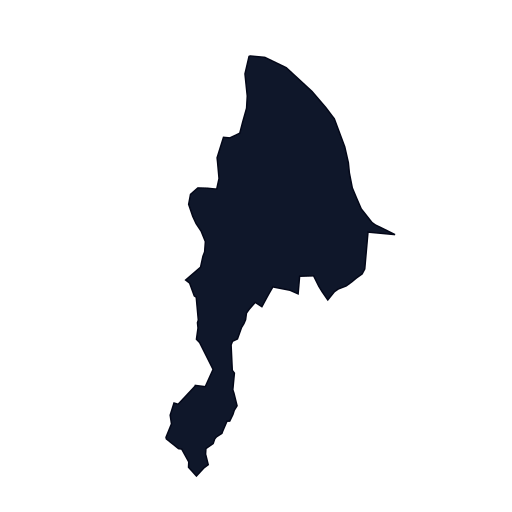 the district of Itu, Akwa Ibom, Nigeria, rotated 343°
{"feature_id": "59680162B41031546236215", "entity_name": "Itu", "entity_type": "district", "adm_level": 2, "iso_a3": "NGA", "parent_name": "Nigeria", "parent_adm1": "Akwa Ibom", "projection": "equal_earth", "projection_center": [7.964, 5.137], "detail": "fine", "context": "isolated", "style": "filled", "palette": "ink", "viewbox_px": 512, "rotation_deg": 343, "n_neighbors": 0, "source": "geoboundaries", "source_scale": "gbopen_adm2", "svg_char_len": 1618}
<svg xmlns="http://www.w3.org/2000/svg" viewBox="0 0 512 512"><g transform="rotate(343 256 256)"><path d="M201.1,361.7L199.9,358.4L206.2,333.7L208.6,330.7L214.0,329.9L221.3,320.1L224.6,317.2L227.4,313.9L230.2,307.8L234.0,304.9L241.7,300.1L246.8,306.2L254.8,298.3L257.9,295.3L263.4,290.2L264.0,291.0L278.5,298.7L285.2,304.5L291.8,288.1L305.3,291.8L307.2,303.3L308.8,309.5L311.8,319.0L320.5,313.1L325.1,311.6L333.5,311.0L340.1,308.7L345.6,306.4L352.2,304.2L356.2,300.2L370.1,265.9L395.2,276.2L389.2,270.5L384.1,265.7L379.3,261.3L376.7,257.9L370.4,241.7L369.1,230.0L368.0,219.0L369.6,203.7L371.6,193.8L372.8,177.6L371.0,147.6L369.7,144.2L366.2,134.6L357.7,115.1L340.0,84.8L322.5,68.6L308.9,63.0L307.7,63.1L298.7,78.6L294.4,100.5L290.2,111.9L282.6,123.7L276.4,133.8L270.5,134.7L267.6,135.1L265.5,135.4L259.6,133.0L247.5,150.7L246.7,154.9L243.3,171.1L238.0,180.5L235.3,179.5L229.4,177.0L220.3,173.9L211.4,177.9L206.7,186.9L207.1,199.6L208.2,207.5L210.8,216.2L211.8,227.4L208.1,237.0L205.2,240.7L199.7,250.5L181.7,258.4L184.6,262.5L185.3,276.1L186.8,277.9L182.1,300.4L180.5,302.7L179.5,307.9L174.7,318.2L176.8,322.3L181.8,351.9L169.5,365.9L169.2,366.1L160.1,362.0L159.6,362.7L138.2,375.0L134.6,372.6L127.4,383.1L126.1,391.8L116.9,403.1L116.8,404.7L125.6,417.6L128.5,418.9L131.5,433.2L129.7,438.3L134.7,449.0L144.3,443.4L149.3,441.6L149.8,432.1L149.8,431.1L149.8,430.9L151.8,425.5L152.8,425.2L160.2,422.8L163.1,418.8L165.3,417.4L171.6,415.6L172.6,414.2L179.6,405.9L179.9,405.5L182.6,406.2L187.6,400.8L190.1,397.2L194.1,393.7L194.8,380.7L194.7,377.2L201.1,361.7Z" fill="#0f172a" stroke="#020617" stroke-width="1.5"/></g></svg>